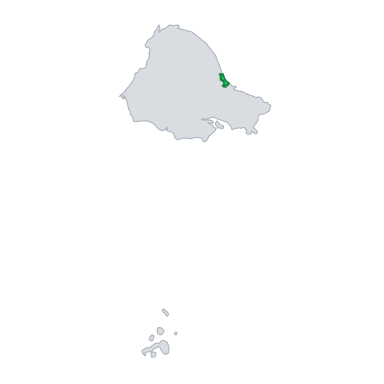 Tiwintza, Morona Santiago, Ecuador shown in context, rotated 272°
{"feature_id": "8360857B5800321951611", "entity_name": "Tiwintza", "entity_type": "district", "adm_level": 2, "iso_a3": "ECU", "parent_name": "Ecuador", "parent_adm1": "Morona Santiago", "projection": "natural_earth1", "projection_center": [-77.964, -2.98], "detail": "fine", "context": "in_parent", "style": "filled", "palette": "green", "viewbox_px": 384, "rotation_deg": 272, "n_neighbors": 0, "source": "geoboundaries", "source_scale": "gbopen_adm2", "svg_char_len": 5894}
<svg xmlns="http://www.w3.org/2000/svg" viewBox="0 0 384 384"><g transform="rotate(272 192 192)"><path d="M357.7,153.0L356.6,153.8L353.8,154.2L351.6,153.4L350.8,153.4L350.7,154.2L353.5,156.3L354.9,160.1L356.9,162.4L358.1,163.5L358.2,164.4L357.8,165.9L357.7,167.1L358.4,172.8L358.0,173.2L356.4,173.2L355.2,172.2L351.9,186.4L341.4,200.6L329.4,210.7L315.6,216.5L305.4,220.5L303.9,222.0L298.9,229.1L298.7,229.9L299.4,231.1L299.4,231.8L298.7,232.3L298.0,232.4L297.7,232.0L297.5,231.2L296.9,230.3L296.1,230.0L295.6,230.2L295.6,231.0L294.5,234.9L294.5,236.8L294.1,237.5L294.1,239.2L293.1,240.7L292.3,243.3L291.5,244.1L290.4,248.1L288.8,252.0L288.7,253.4L289.2,254.4L289.4,255.2L288.7,257.6L285.2,260.0L284.2,261.2L283.9,262.5L284.1,263.6L284.0,264.6L282.9,264.9L281.7,267.2L280.8,267.7L278.6,266.9L276.9,266.9L275.6,266.2L273.1,262.4L272.2,260.1L271.9,257.1L269.4,255.1L266.2,255.6L265.2,254.9L262.8,253.6L260.8,252.1L259.2,251.3L258.1,251.7L256.1,254.2L254.3,255.3L253.5,255.2L252.4,254.5L252.2,253.6L254.9,249.3L252.9,249.2L252.2,248.3L252.1,247.2L251.7,246.0L252.1,244.6L253.2,243.9L254.8,244.5L255.9,244.5L256.7,243.2L258.1,242.2L258.4,241.5L257.7,239.4L257.4,238.3L257.7,237.6L257.6,235.3L257.1,234.5L257.1,233.2L256.7,232.5L256.5,230.9L255.5,230.0L258.8,228.5L260.0,227.4L261.5,226.3L262.8,224.6L263.6,223.0L265.6,215.7L267.5,211.0L267.2,208.8L265.7,205.8L265.3,201.4L265.4,200.0L265.2,199.0L264.2,200.9L264.5,207.4L263.6,210.3L262.3,211.0L261.4,210.5L261.9,205.8L261.0,206.6L259.5,209.9L257.0,212.2L256.9,213.0L256.3,214.0L254.4,213.1L252.9,212.1L248.2,206.8L245.0,205.6L243.1,203.8L242.7,203.0L242.5,201.9L244.4,200.8L246.4,199.2L246.6,195.9L246.6,193.3L245.1,188.8L245.8,183.0L245.4,180.7L243.7,175.8L245.0,173.4L249.4,171.6L250.8,170.4L251.8,166.6L252.8,164.2L254.8,165.2L256.3,165.1L254.2,164.2L252.5,160.7L252.3,159.1L255.5,154.4L257.2,153.2L259.3,150.6L261.1,146.9L261.5,140.9L260.8,136.6L260.2,132.1L261.3,130.9L264.0,130.3L266.2,128.9L267.3,127.5L269.9,127.7L272.9,125.6L277.7,124.6L284.4,122.2L285.8,120.1L285.2,116.3L287.7,118.6L288.8,120.4L292.2,122.4L296.3,126.0L299.0,127.8L301.9,129.4L306.1,131.1L308.6,130.8L309.7,133.5L310.7,134.3L313.1,135.2L313.4,135.6L314.3,140.5L314.9,141.3L317.0,142.0L319.5,142.3L320.6,142.2L322.9,143.6L326.4,144.7L327.6,144.8L328.2,144.6L328.4,144.1L329.4,144.2L331.0,144.8L333.2,145.0L334.5,144.4L334.8,141.6L335.3,141.0L336.9,140.0L337.7,140.2L341.8,142.4L342.7,143.2L343.7,144.7L345.6,147.0L347.7,148.4L351.0,149.0L354.1,151.4L357.7,153.0ZM33.3,149.9L34.6,151.4L35.3,155.7L39.3,160.3L39.9,162.8L39.5,164.0L39.7,164.5L41.6,166.3L42.9,168.2L40.8,172.6L36.2,174.4L31.3,174.4L30.4,173.9L29.1,172.2L28.8,170.7L29.6,169.3L32.1,167.1L35.9,165.1L36.4,163.6L34.9,162.2L33.8,159.3L31.4,157.2L30.1,151.1L29.3,150.7L27.7,151.6L26.9,150.9L26.7,150.5L28.5,149.0L28.9,148.0L31.5,147.6L32.6,148.4L33.3,149.9ZM52.4,168.6L51.3,168.7L48.1,166.4L48.4,164.2L49.6,162.6L53.7,161.9L55.4,163.3L55.2,166.0L53.8,167.9L52.7,168.3L52.4,168.6ZM259.4,220.3L259.0,221.2L257.1,221.1L256.5,220.8L257.0,216.5L257.5,215.1L259.1,213.8L260.4,213.1L262.1,213.3L263.9,214.5L261.8,216.7L260.2,217.3L259.4,220.3ZM30.2,161.3L28.2,161.7L26.5,160.9L25.7,159.7L25.6,157.8L25.7,157.2L29.5,156.5L30.7,158.1L30.7,160.4L30.2,161.3ZM70.9,171.9L68.6,172.9L67.2,171.9L67.1,171.4L68.4,169.9L69.7,169.1L70.9,167.5L73.0,166.5L73.6,166.7L74.0,167.0L74.2,167.6L73.5,169.0L72.2,169.9L70.9,171.9ZM47.5,158.3L46.6,159.1L42.7,158.2L41.5,156.9L42.5,155.0L43.3,154.3L45.6,155.0L47.9,157.0L47.5,158.3ZM50.6,182.0L49.7,182.0L48.6,181.0L49.5,179.2L51.1,180.1L51.5,180.8L50.6,182.0ZM284.2,121.1L283.0,121.3L282.5,120.2L283.9,118.8L284.4,118.6L284.2,121.1Z" fill="#d9dde1" stroke="#a8b0b8" stroke-width="1"/><path d="M302.0,225.3L302.4,225.1L302.4,224.9L302.4,224.7L302.5,224.6L302.6,224.4L302.7,224.2L302.8,224.2L303.0,223.8L303.0,223.7L303.3,223.4L303.4,223.2L303.5,223.1L303.7,222.9L303.7,222.7L303.8,222.6L305.9,221.1L305.8,220.9L310.9,218.9L310.9,216.1L311.0,215.9L311.0,215.7L310.9,215.6L310.8,215.8L310.7,215.8L310.6,216.0L310.6,215.9L310.6,215.7L310.4,215.7L310.4,215.8L310.4,216.0L310.4,216.3L310.3,216.2L310.2,216.1L310.2,216.3L309.9,216.4L309.8,216.5L309.7,216.5L309.4,216.6L309.2,216.6L309.3,216.8L309.2,216.9L309.2,217.0L309.0,217.3L308.9,217.4L308.8,217.5L308.7,217.4L308.6,217.2L308.6,217.3L308.5,217.2L308.4,217.1L308.2,216.9L308.2,216.7L308.0,216.4L307.9,216.4L307.6,216.4L307.5,216.5L307.4,216.6L307.2,216.5L306.9,216.5L306.7,216.5L306.8,216.7L306.7,216.7L306.7,216.8L306.8,216.9L306.7,216.9L306.8,216.9L306.7,216.9L306.7,217.0L306.4,217.1L306.2,217.2L305.8,217.0L305.7,216.9L305.7,216.7L305.4,216.6L305.3,216.8L305.2,216.8L305.1,217.0L305.0,217.3L305.1,217.5L305.0,217.4L305.0,217.5L304.9,217.4L304.8,217.5L304.7,217.7L304.7,217.9L304.7,218.0L304.7,218.3L304.5,218.5L304.6,218.8L304.5,219.0L304.4,219.2L304.4,219.3L304.3,219.5L304.2,219.5L304.1,219.4L304.0,219.2L304.0,219.3L303.9,219.2L303.9,219.3L303.8,219.5L303.7,219.6L303.6,219.8L303.5,219.7L303.4,219.7L303.2,219.7L303.2,219.8L303.1,220.0L302.9,220.0L302.9,219.9L302.7,219.9L302.7,220.1L302.2,220.0L301.9,219.9L301.7,219.9L301.5,220.1L301.1,220.3L300.8,220.4L300.6,220.4L300.5,220.5L300.3,220.4L300.1,220.3L300.0,220.1L300.0,219.9L299.9,219.5L299.8,219.4L299.7,219.1L299.7,218.9L299.4,218.8L299.2,218.8L299.0,219.0L298.9,219.2L298.7,219.3L298.6,219.6L298.4,219.8L298.4,220.0L298.3,220.3L298.2,220.3L298.1,220.5L298.1,220.8L298.2,221.1L298.2,221.3L298.2,221.7L298.3,221.7L298.3,221.8L298.4,221.7L298.5,221.7L298.9,221.6L299.2,221.8L299.3,221.8L299.5,221.8L299.7,222.0L299.8,222.1L300.1,222.3L300.2,222.5L300.0,222.9L299.9,222.9L299.9,223.0L299.6,223.0L299.6,223.7L299.7,224.0L299.8,224.2L300.0,224.2L300.2,224.3L300.4,224.3L300.5,224.3L300.5,224.2L301.0,224.4L301.1,224.5L301.3,224.4L301.4,224.6L301.4,224.9L301.5,224.9L301.8,224.8L301.7,224.9L301.7,225.0L301.9,225.1L302.0,225.3Z" fill="#22c55e" stroke="#15803d" stroke-width="1.5"/></g></svg>